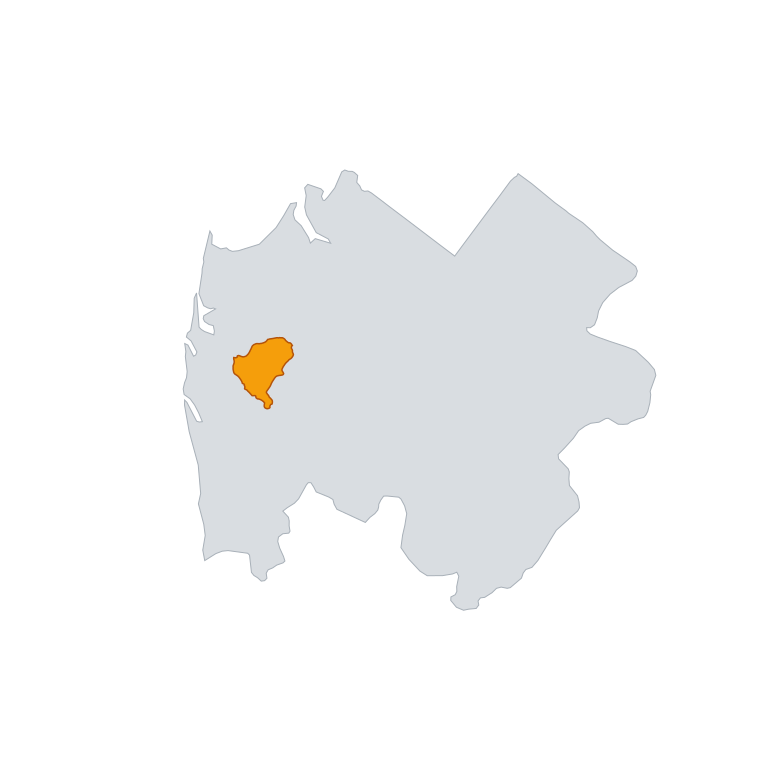 Ndolou, Ngounié, Gabon (highlighted), rotated 37°
{"feature_id": "22940354B46648613640917", "entity_name": "Ndolou", "entity_type": "district", "adm_level": 2, "iso_a3": "GAB", "parent_name": "Gabon", "parent_adm1": "Ngounié", "projection": "mercator", "projection_center": [10.279, -1.522], "detail": "fine", "context": "in_parent", "style": "filled", "palette": "amber", "viewbox_px": 768, "rotation_deg": 37, "n_neighbors": 0, "source": "geoboundaries", "source_scale": "gbopen_adm2", "svg_char_len": 5716}
<svg xmlns="http://www.w3.org/2000/svg" viewBox="0 0 768 768"><g transform="rotate(37 384 384)"><path d="M520.2,146.3L519.8,151.9L513.4,165.6L510.5,176.2L509.7,187.4L511.4,196.5L514.5,202.9L516.5,210.0L514.9,214.9L511.9,217.0L514.0,219.4L518.6,220.0L526.5,217.9L538.6,214.1L554.4,208.7L564.8,205.8L582.0,207.6L591.2,209.7L595.9,213.5L600.9,229.6L603.5,232.1L607.6,238.9L611.1,247.2L611.8,251.4L611.5,254.4L607.9,258.9L604.0,265.4L602.6,269.4L599.3,272.3L595.2,275.2L583.7,276.4L581.9,278.1L578.7,285.1L572.7,291.0L569.9,296.6L567.5,304.1L567.9,313.3L566.7,326.6L565.5,335.6L568.5,338.7L582.2,340.9L584.9,342.7L588.6,348.3L593.2,353.5L605.8,356.8L610.7,360.8L614.6,365.2L615.1,368.8L612.3,383.2L609.6,397.1L610.6,407.7L611.7,417.7L613.1,432.4L612.5,441.4L608.9,446.8L608.9,451.1L610.6,456.3L607.4,470.6L605.4,473.0L599.8,475.7L596.8,479.5L595.9,485.5L592.8,493.8L589.7,496.8L589.7,500.7L592.7,503.5L592.7,507.8L587.1,512.9L583.7,516.8L576.2,518.7L567.6,516.7L565.6,513.8L567.7,509.4L567.0,505.8L564.0,502.1L559.4,492.5L555.4,490.5L553.1,494.4L546.2,501.7L533.9,511.1L525.3,511.8L509.4,509.0L496.0,504.5L489.8,493.5L485.8,484.5L480.2,473.9L473.8,468.9L466.9,465.7L463.9,465.5L454.2,471.4L451.2,473.7L451.3,478.6L452.2,483.2L453.7,485.4L454.9,488.4L454.7,492.9L453.0,499.1L452.4,505.8L421.8,512.4L416.5,510.0L412.7,507.0L408.0,507.5L394.8,511.0L389.9,508.6L385.1,506.8L382.9,508.3L382.7,511.2L384.9,527.1L384.2,533.1L381.2,541.0L379.7,546.4L387.8,547.9L390.7,550.4L393.6,554.4L397.5,558.1L397.7,560.4L393.3,564.5L391.8,569.7L393.9,573.7L399.4,577.8L407.5,582.2L411.4,585.0L411.0,587.6L407.3,593.2L405.8,597.8L403.3,602.1L403.8,606.0L407.4,609.6L407.0,612.9L404.6,615.3L399.6,614.8L395.3,615.2L391.5,614.2L379.6,601.6L377.0,601.2L359.7,610.9L355.4,614.9L351.8,620.6L347.1,632.9L339.2,625.7L332.4,612.6L324.5,604.5L307.9,591.4L303.5,581.8L284.4,560.5L257.1,539.3L237.4,520.9L234.4,516.8L237.7,517.3L256.8,526.5L259.4,525.5L261.6,523.4L253.4,518.6L245.5,514.8L238.1,512.5L230.7,512.7L226.6,508.8L223.9,502.9L222.5,497.8L219.3,492.5L208.8,481.6L206.3,477.4L200.5,471.6L204.0,470.9L215.2,476.4L216.2,474.2L215.3,471.0L204.0,465.7L197.9,465.4L196.4,461.7L197.3,457.5L189.2,441.6L180.8,429.7L179.5,424.1L202.1,449.9L205.1,450.4L209.1,450.1L218.5,447.2L216.7,443.8L212.5,440.1L208.4,441.8L203.1,442.1L200.3,440.6L199.0,437.9L204.3,425.4L202.0,426.0L200.3,428.2L197.4,429.3L192.9,430.0L181.8,423.2L172.0,405.1L169.4,401.3L166.7,395.0L164.1,392.4L152.9,366.6L157.2,368.5L162.3,376.0L172.3,374.4L176.2,370.1L179.6,370.3L183.1,369.3L187.5,365.2L200.3,347.4L203.7,324.0L202.6,310.1L200.8,296.2L205.0,291.8L206.7,294.7L207.5,299.6L209.5,303.3L214.1,306.5L222.6,307.4L235.7,312.5L240.4,315.8L241.6,309.3L256.7,303.7L252.2,301.7L238.8,303.9L220.3,295.6L214.2,290.4L208.5,280.4L202.6,275.1L203.0,270.4L216.2,266.1L219.7,266.6L221.1,271.8L224.7,273.9L226.1,273.2L226.6,268.8L226.7,257.0L222.6,240.0L223.9,236.7L227.5,235.6L230.7,233.3L233.0,232.9L237.5,233.3L239.7,237.2L240.9,239.4L245.5,240.4L249.2,242.5L252.4,241.9L255.0,239.5L258.9,239.0L270.9,239.0L281.9,239.1L303.6,239.1L325.4,239.2L347.1,239.3L363.5,239.3L363.4,229.6L363.3,214.7L363.2,197.0L363.1,180.1L363.1,164.4L362.9,145.9L363.8,140.5L364.9,138.3L364.5,135.3L381.4,135.1L411.8,136.4L425.2,136.2L428.9,136.5L445.6,135.6L459.1,136.7L464.8,138.0L469.9,138.7L486.1,139.5L507.1,138.5L514.3,138.7L518.3,141.3L520.2,146.3Z" fill="#d9dde1" stroke="#a8b0b8" stroke-width="1"/><path d="M306.6,467.6L306.5,467.0L306.2,466.3L305.7,465.5L305.0,464.7L304.2,464.2L302.8,463.9L302.0,463.7L300.7,463.6L300.0,463.4L299.2,462.9L298.1,462.5L297.3,462.4L296.5,462.1L295.3,461.7L294.7,460.7L294.5,455.2L294.3,453.6L293.7,451.2L293.4,449.3L293.3,447.8L293.1,444.9L293.2,443.3L293.7,442.0L295.1,440.3L296.2,439.3L297.0,438.4L297.6,437.7L297.8,436.8L297.5,436.0L296.5,435.5L295.3,435.0L294.4,434.6L293.8,433.9L293.5,432.9L293.1,430.8L292.9,426.9L293.1,425.3L293.3,424.2L293.5,423.0L293.5,421.9L293.9,420.8L294.4,419.5L294.5,418.5L294.5,417.6L294.4,416.4L294.0,415.1L293.0,414.3L291.9,413.8L291.2,413.0L290.6,412.2L290.0,411.8L289.0,411.4L288.3,411.0L287.4,409.3L287.7,408.5L286.1,407.8L284.6,407.6L284.0,407.8L283.1,408.4L282.0,408.6L280.4,408.5L279.0,408.4L278.2,408.0L277.0,407.9L275.3,408.1L274.5,408.6L273.6,409.3L272.7,409.8L272.2,410.6L271.4,410.9L270.4,411.7L267.7,414.7L265.5,416.9L265.0,417.7L264.3,418.4L264.3,419.3L264.3,420.1L264.2,420.9L264.0,421.8L263.1,423.4L262.5,424.3L262.0,424.9L261.7,425.4L260.9,426.0L260.5,426.6L259.7,427.2L258.9,427.7L258.1,428.3L257.6,428.8L256.8,430.2L256.4,430.8L256.2,431.7L256.0,432.5L256.0,433.2L256.2,434.1L256.4,434.9L256.7,436.1L256.9,437.4L257.2,438.8L257.4,440.1L257.5,441.7L257.3,443.4L257.1,444.6L256.6,445.4L255.9,446.4L255.2,447.1L254.2,447.6L253.1,448.0L251.8,448.3L250.8,448.7L250.2,449.4L250.0,449.8L250.2,450.3L250.5,450.6L250.4,451.4L249.9,452.2L249.1,452.7L248.1,453.3L248.6,454.1L249.2,454.7L250.0,455.3L250.7,456.0L251.6,457.3L252.1,458.8L252.4,459.9L252.9,460.8L253.8,461.9L254.4,462.8L255.1,463.5L256.7,464.9L257.4,465.4L258.8,465.8L260.3,465.7L262.0,465.6L263.4,465.7L265.3,466.2L266.8,466.7L268.5,467.4L269.6,468.0L270.4,468.7L271.3,468.6L272.0,468.3L273.0,468.7L273.3,469.3L274.1,469.6L274.7,470.1L275.0,470.6L275.2,471.3L275.9,471.8L276.9,471.6L277.7,471.3L279.9,471.7L281.1,471.8L282.2,472.0L285.7,472.7L286.1,472.4L287.1,471.6L287.9,470.9L288.7,470.8L289.4,471.4L290.1,472.0L291.5,472.1L292.2,471.9L292.9,471.4L294.0,471.0L295.9,470.6L298.2,470.6L299.9,470.9L300.3,471.5L300.8,472.5L301.5,473.6L302.1,474.2L303.0,474.6L304.0,474.6L305.1,474.3L306.0,473.7L306.7,472.7L307.0,472.1L307.1,471.5L306.7,471.0L306.2,470.5L306.0,469.6L305.9,468.8L306.0,468.2L306.6,467.6Z" fill="#f59e0b" stroke="#b45309" stroke-width="1.5"/></g></svg>